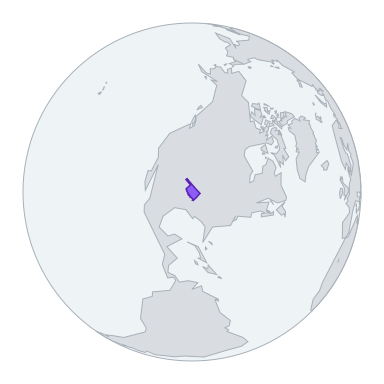 Oklahoma on an orthographic globe, rotated 48°
{"feature_id": "USA-3533", "entity_name": "Oklahoma", "entity_type": "State", "adm_level": 1, "iso_a3": "USA", "parent_name": "United States of America", "parent_adm1": "", "projection": "orthographic", "projection_center": [-97.37, 35.324], "detail": "fine", "context": "on_globe", "style": "filled", "palette": "violet", "viewbox_px": 384, "rotation_deg": 48, "n_neighbors": 0, "source": "natural_earth", "source_scale": "10m", "svg_char_len": 11194}
<svg xmlns="http://www.w3.org/2000/svg" viewBox="0 0 384 384"><g transform="rotate(48 192 192)"><circle cx="192" cy="192" r="169" fill="#eef3f6" stroke="#a8b0b8"/><path d="M232.0,356.2L231.4,356.3L233.4,355.4L237.5,354.0L234.9,354.5L244.1,350.5L240.2,351.9L246.3,346.5L254.4,340.1L264.7,320.4L262.5,317.0L251.5,314.9L238.6,300.0L243.0,291.4L239.8,288.2L250.3,274.2L246.9,263.3L243.1,262.5L239.6,267.6L225.8,262.4L220.2,254.0L174.9,241.0L169.6,235.9L168.5,227.7L149.0,198.6L159.5,225.5L152.8,220.1L146.6,210.3L149.1,208.2L143.7,193.8L137.1,187.6L133.5,169.2L140.3,147.1L143.0,151.2L144.3,145.8L141.0,140.6L138.5,138.5L138.7,116.3L129.3,102.3L121.6,102.8L127.0,99.2L109.3,104.2L101.2,101.7L113.3,101.6L116.7,99.4L112.6,96.0L115.3,93.2L114.9,90.0L118.4,87.1L125.2,87.7L127.6,85.9L124.6,83.7L126.3,79.7L130.4,83.1L133.7,76.5L145.6,77.4L153.6,90.7L163.1,90.1L179.0,101.6L180.5,98.5L187.4,101.6L191.7,99.3L193.4,102.5L195.3,98.1L192.9,95.7L192.9,93.0L195.2,91.6L197.8,95.2L197.1,96.5L199.0,96.9L199.4,99.4L200.5,97.3L203.4,102.2L203.9,95.4L209.1,97.7L210.1,101.5L205.5,103.6L196.5,119.0L196.1,124.2L200.1,129.1L217.1,132.8L218.6,137.9L223.8,142.9L225.0,138.8L221.4,133.4L225.1,127.4L220.3,122.0L221.1,118.9L217.9,112.8L223.2,111.2L230.1,113.2L233.0,118.3L236.1,119.5L237.3,112.9L246.5,121.3L259.1,125.2L261.0,127.9L257.5,135.7L247.6,139.6L243.2,151.4L251.0,141.5L255.5,149.2L258.3,149.7L260.9,148.2L261.1,144.5L263.7,146.8L256.9,157.1L254.5,155.1L256.6,151.7L252.0,153.8L247.5,161.5L250.1,165.2L240.5,174.3L242.3,177.2L241.2,181.0L239.0,175.7L242.7,185.7L231.8,200.2L236.7,217.8L226.6,205.5L219.7,205.0L211.8,206.4L212.4,209.3L201.0,208.4L192.0,215.4L190.6,229.7L196.1,239.9L208.6,239.3L211.5,233.1L220.1,230.8L215.8,247.2L231.3,247.2L230.9,258.6L235.6,263.6L242.9,260.7L250.6,261.7L255.4,254.1L263.3,248.3L264.3,257.2L268.1,247.7L273.0,250.6L288.4,244.5L287.4,247.0L300.5,251.8L313.3,249.5L316.3,253.9L314.9,258.5L319.0,257.0L319.1,259.3L334.1,251.5L340.7,250.6L339.7,258.5L332.6,272.6L322.6,293.6L308.9,307.3L303.0,315.0L288.1,328.3L280.1,332.0L279.9,334.1L273.4,338.2L267.6,340.7L264.4,343.1L260.0,344.8L261.4,345.0L251.3,349.6L250.7,350.3L242.6,353.2L232.0,356.2ZM56.0,195.8L56.9,192.1L57.8,195.5L56.0,195.8ZM56.5,189.2L56.3,190.6L56.2,189.3L56.5,189.2ZM55.8,187.8L56.3,188.8L55.5,188.0L55.8,187.8ZM54.7,186.4L55.3,187.0L55.2,187.1L54.7,186.4ZM236.8,223.9L254.4,228.4L245.3,231.7L246.9,229.8L242.2,227.3L233.9,225.8L225.7,229.1L236.8,223.9ZM53.4,183.0L53.2,182.1L53.9,182.3L53.4,183.0ZM242.6,212.6L239.6,212.6L242.4,211.9L242.6,212.6ZM137.0,138.2L140.7,140.8L142.7,146.8L139.3,144.9L137.0,138.2ZM133.6,127.4L136.1,127.6L134.4,132.9L133.5,131.1L133.6,127.4ZM115.5,104.2L118.0,105.8L114.7,105.3L115.5,104.2ZM114.2,90.2L112.6,90.7L113.1,88.9L114.2,90.2ZM215.2,114.1L216.5,113.5L216.4,114.9L215.2,114.1ZM212.6,112.2L211.5,114.3L210.1,113.7L210.8,112.4L212.6,112.2ZM118.9,82.8L120.1,80.0L120.1,82.9L118.9,82.8ZM214.2,109.7L207.7,112.4L205.3,111.4L205.8,105.7L214.2,109.7ZM121.6,78.4L124.4,71.9L121.1,72.4L131.9,67.8L125.9,74.6L126.4,78.0L124.1,77.0L121.6,78.4ZM191.2,95.5L193.8,98.0L189.5,97.3L191.2,95.5ZM188.4,95.7L175.0,98.1L172.2,94.0L177.3,93.9L172.0,89.9L177.2,86.7L181.2,88.1L182.0,91.4L183.4,87.7L188.4,95.7ZM137.3,66.6L139.0,65.3L138.5,66.8L137.3,66.6ZM192.6,91.9L190.2,92.6L187.6,89.0L192.0,87.0L191.4,88.8L192.6,91.9ZM168.0,90.5L166.9,87.7L170.8,84.3L170.8,82.7L177.0,86.2L168.0,90.5ZM193.2,88.9L194.3,86.1L197.6,86.5L194.8,91.0L193.2,88.9ZM185.0,89.0L184.0,87.3L186.0,87.5L185.0,89.0ZM210.0,87.2L207.1,87.8L205.5,86.0L210.0,87.2ZM194.5,85.0L193.4,84.9L192.4,84.3L193.8,82.6L194.5,85.0ZM179.4,83.7L181.2,83.0L177.0,82.1L179.8,79.7L183.4,82.5L183.0,80.3L183.8,79.6L185.9,82.8L179.4,83.7ZM192.4,79.3L198.0,82.5L203.7,81.6L205.2,83.1L195.8,84.4L192.4,79.3ZM188.4,81.0L191.2,80.3L191.8,82.4L190.1,84.3L188.4,81.0ZM180.3,77.1L175.2,80.0L174.6,79.3L180.3,77.1ZM194.0,78.5L192.6,77.8L194.3,78.2L194.0,78.5ZM184.4,77.0L182.7,78.1L182.0,77.2L184.4,77.0ZM191.3,75.6L193.1,76.6L192.0,77.8L191.3,75.6ZM188.0,75.9L187.6,74.5L190.6,77.7L187.4,76.5L188.0,75.9ZM184.1,76.0L183.1,75.9L184.9,75.7L184.1,76.0ZM194.2,70.5L198.3,74.2L195.9,76.9L192.3,72.9L194.2,70.5ZM301.7,63.5L300.7,62.7L291.6,55.5L301.7,63.5ZM277.0,46.0L277.5,46.3L270.9,42.7L278.3,46.9L278.2,46.7L282.8,49.6L283.2,50.0L280.9,48.5L283.4,50.4L293.9,57.4L294.8,58.0L303.7,65.6L306.2,67.5L309.9,71.0L307.1,69.3L304.5,67.3L302.5,69.4L306.1,72.1L308.2,70.5L309.3,72.1L314.1,76.5L311.2,74.3L308.0,76.1L313.4,84.9L327.0,102.5L328.7,108.3L327.1,111.4L315.4,100.5L312.8,88.9L308.7,85.5L303.4,85.3L303.1,82.1L300.6,80.8L299.1,76.7L291.2,69.5L288.8,65.6L280.2,61.7L277.8,59.4L283.6,62.2L286.3,62.4L279.6,54.0L276.7,52.1L271.6,50.4L270.4,48.6L266.4,48.0L259.9,43.6L264.5,48.8L258.7,47.7L251.8,44.7L250.7,45.4L262.0,50.4L265.7,51.6L267.6,51.0L278.6,56.1L282.1,59.3L273.8,58.1L277.8,62.9L269.6,60.5L244.1,47.5L236.3,43.2L235.0,36.7L240.0,37.6L242.9,40.3L245.2,38.1L242.6,38.1L241.6,36.8L235.8,36.0L234.8,35.1L231.0,36.0L229.1,34.8L231.6,34.2L221.5,32.6L216.1,30.6L214.3,30.7L213.9,31.4L207.4,28.8L206.3,29.0L208.0,29.9L207.1,31.1L202.8,32.3L200.8,31.3L202.1,30.7L201.7,28.3L205.4,27.3L204.1,27.1L200.4,27.7L200.9,30.7L198.9,31.7L198.0,30.2L198.2,30.8L196.5,31.1L193.0,30.5L193.8,32.2L178.7,38.0L170.4,38.0L171.3,35.6L158.6,40.0L150.3,40.6L151.9,41.3L146.9,44.5L149.4,44.3L149.8,44.9L138.2,54.2L133.9,56.0L130.7,61.7L131.5,62.2L134.5,61.1L131.9,67.8L121.1,72.4L119.8,71.0L114.0,75.2L111.8,71.5L107.3,70.8L108.3,65.0L104.6,65.3L102.7,67.0L96.4,69.0L89.7,68.1L103.3,61.3L114.9,63.3L110.9,61.6L114.2,59.9L114.3,58.1L111.3,57.4L109.4,58.5L117.1,48.3L114.6,45.1L108.8,49.3L103.5,52.0L95.7,54.2L98.0,51.6L108.0,45.4L118.4,39.9L129.2,35.1L140.3,31.1L151.7,27.9L163.2,25.5L174.9,23.9L186.7,23.1L198.5,23.2L210.2,24.0L221.9,25.7L233.4,28.2L244.7,31.5L255.8,35.6L266.6,40.4L277.0,46.0ZM359.9,173.5L360.5,182.6L359.3,182.9L352.8,173.8L350.7,163.3L346.6,155.7L329.1,109.4L329.6,105.4L320.5,85.8L320.2,84.5L325.8,90.6L323.3,85.7L330.6,95.3L337.1,105.5L342.9,116.0L347.9,127.0L352.2,138.2L355.6,149.8L358.2,161.5L359.9,173.5ZM340.0,127.4L341.6,129.9L341.6,130.0L340.0,127.4ZM288.8,244.2L290.8,245.2L288.4,246.2L288.8,244.2ZM244.6,235.9L248.1,235.3L250.1,236.4L247.5,237.4L244.6,235.9ZM272.8,228.2L276.5,227.8L272.8,229.9L272.8,228.2ZM257.1,228.8L269.8,228.9L262.5,234.0L254.4,234.0L259.7,231.7L257.1,228.8ZM241.9,218.7L244.2,218.9L243.9,220.8L241.9,218.7ZM244.6,212.2L243.8,212.5L242.4,211.3L244.6,212.2ZM255.9,148.5L256.5,147.8L259.4,147.0L258.5,148.9L255.9,148.5ZM269.2,135.6L273.0,139.7L269.7,137.9L269.2,141.0L261.7,141.4L261.5,129.3L262.9,134.6L269.2,135.6ZM251.5,139.1L256.3,139.8L251.1,139.5L251.5,139.1ZM288.6,79.1L289.9,78.0L293.3,80.3L296.3,86.4L291.5,83.0L288.6,79.1ZM291.1,76.1L282.0,73.9L279.7,70.4L282.5,72.7L281.9,70.6L286.3,73.7L293.0,73.0L296.4,75.1L300.2,84.4L297.1,80.0L296.0,81.2L291.1,76.1ZM262.7,78.2L258.7,78.2L259.0,70.5L262.6,71.4L265.9,77.2L263.5,79.5L262.7,78.2ZM216.4,99.4L214.9,100.6L214.2,99.5L214.9,97.6L216.4,99.4ZM208.8,87.6L222.4,93.1L221.3,94.7L230.6,96.5L231.4,101.5L225.3,100.1L232.9,105.6L227.8,106.3L233.2,109.7L219.7,106.0L215.4,107.2L219.9,103.8L219.3,99.1L217.7,97.4L210.1,93.8L200.6,94.5L198.4,90.3L199.5,87.1L201.4,86.3L202.2,89.2L204.3,86.0L206.9,89.7L208.8,87.6ZM212.8,58.1L212.9,60.9L217.5,57.0L220.1,59.8L220.5,59.2L224.2,60.9L229.3,61.9L229.9,63.5L231.6,63.2L234.1,64.5L236.7,64.8L238.6,67.8L241.9,68.5L240.9,69.5L246.2,70.0L243.1,71.0L246.0,73.0L247.5,70.9L251.2,88.4L255.2,95.5L260.1,101.1L254.2,102.7L245.7,98.8L237.0,92.4L234.1,85.6L231.9,87.8L229.9,85.3L232.4,84.6L227.3,84.2L226.3,82.0L218.5,77.6L211.6,78.8L208.6,77.4L210.8,75.9L206.3,75.6L208.3,71.8L206.2,70.8L206.1,66.3L211.5,64.2L208.8,63.2L208.6,60.0L212.8,58.1ZM194.4,69.2L200.3,65.6L204.6,65.5L202.9,73.5L204.6,74.9L203.7,80.5L197.4,80.6L198.3,79.0L197.6,77.4L199.8,78.0L197.6,76.4L198.6,74.2L197.2,72.4L199.5,71.6L194.4,69.2ZM316.9,80.7L316.1,79.3L314.3,76.8L317.3,79.8L316.9,80.7ZM315.0,81.9L313.8,80.2L317.2,82.7L318.0,84.3L315.0,81.9ZM310.3,77.4L313.5,79.9L312.3,79.5L310.3,77.4ZM282.2,60.8L280.7,59.2L281.6,59.3L283.8,60.6L282.2,60.8ZM227.1,48.5L226.4,49.8L225.3,49.5L220.9,51.0L218.6,49.3L220.3,47.7L227.1,48.5ZM223.9,46.9L222.3,47.6L222.1,46.3L223.9,46.9ZM216.7,48.1L216.0,46.6L217.8,49.2L216.7,48.1ZM202.0,35.6L210.7,35.2L215.4,34.3L215.7,32.7L219.0,35.1L211.7,36.4L202.0,35.6ZM181.8,37.6L181.6,39.5L179.2,39.2L178.9,38.7L181.8,37.6ZM183.4,38.4L187.8,39.9L186.1,41.3L183.0,39.8L183.4,38.4ZM206.1,42.4L208.8,42.4L208.9,43.4L206.1,42.4ZM81.3,64.3L80.9,64.7L84.0,62.2L83.6,62.8L79.4,66.2L76.8,68.4L81.3,64.3ZM85.6,61.1L90.2,58.7L84.7,63.5L82.5,65.1L82.7,64.1L85.5,61.5L85.6,61.1ZM89.7,59.7L92.6,57.3L105.4,51.4L106.7,51.5L94.1,57.9L96.1,56.2L93.9,56.9L89.7,59.7ZM137.6,64.9L138.9,65.2L137.0,65.9L137.6,64.9ZM151.3,44.8L151.6,45.8L149.3,46.3L151.3,44.8ZM150.9,48.9L153.3,47.6L151.6,49.4L150.9,48.9ZM158.4,44.6L154.6,47.2L157.1,44.2L158.4,44.6Z" fill="#d9dde1" stroke="#a8b0b8" stroke-width="1"/><path d="M178.7,188.2L178.7,187.8L178.7,187.4L178.7,187.0L178.8,186.7L179.0,186.7L179.3,186.7L179.6,186.7L179.9,186.7L180.2,186.8L180.5,186.8L180.8,186.8L181.0,186.8L181.6,186.8L182.2,186.9L182.7,186.9L183.2,186.9L183.8,186.9L184.3,186.9L184.9,186.9L185.4,187.0L186.0,187.0L186.5,187.0L187.1,187.0L187.6,187.0L188.1,187.0L188.7,187.0L189.2,187.0L189.8,187.0L190.3,187.1L190.9,187.1L191.4,187.1L192.0,187.1L192.5,187.1L193.0,187.1L193.6,187.1L194.1,187.0L194.7,187.0L195.2,187.0L195.8,187.0L196.3,187.0L196.8,187.0L197.4,187.0L197.9,187.0L198.5,187.0L198.5,187.3L198.5,187.7L198.5,188.1L198.5,188.4L198.6,188.8L198.7,189.3L198.7,189.7L198.8,190.1L198.8,190.5L198.9,190.9L199.0,191.3L199.0,191.7L199.0,192.4L199.1,193.0L199.1,193.6L199.1,194.3L199.1,194.9L199.1,195.6L199.1,196.2L199.1,196.8L198.8,196.8L198.8,196.7L198.7,196.8L198.7,196.7L198.4,196.6L198.1,196.5L198.0,196.4L197.9,196.4L197.9,196.2L197.7,196.2L197.4,196.0L197.2,196.0L196.9,196.2L196.7,196.2L196.4,196.1L196.2,196.1L195.9,196.2L195.9,196.3L195.7,196.3L195.6,196.2L195.4,196.2L195.4,196.3L195.2,196.3L194.9,196.5L194.7,196.6L194.6,196.8L194.5,196.7L194.4,196.6L194.1,196.5L194.1,196.4L193.9,196.4L193.9,196.2L193.7,196.2L193.7,196.3L193.4,196.3L193.2,196.2L192.9,196.1L192.9,196.3L192.7,196.3L192.8,196.4L192.7,196.5L192.4,196.6L192.4,196.4L192.5,196.3L192.4,196.2L192.3,196.3L192.2,196.3L191.8,196.4L191.8,196.2L191.7,196.2L191.4,196.1L191.5,196.0L191.4,196.0L191.3,195.9L191.2,196.0L190.9,196.2L190.8,196.3L190.7,196.3L190.6,196.2L190.6,195.9L190.3,195.9L190.2,195.8L190.2,195.7L189.6,195.5L189.4,195.7L189.2,195.6L189.1,195.4L188.9,195.4L188.7,195.5L188.4,195.4L188.1,195.2L188.0,195.3L187.9,195.3L187.8,195.2L187.7,195.2L187.6,194.9L187.4,194.8L187.4,194.7L187.2,194.6L186.9,194.7L186.7,194.6L186.4,194.7L185.9,194.2L185.7,194.1L185.6,193.6L185.6,193.3L185.6,192.9L185.7,192.6L185.7,192.3L185.7,191.9L185.7,191.6L185.7,191.3L185.7,190.9L185.7,190.6L185.7,190.3L185.7,189.9L185.7,189.6L185.7,189.3L185.7,188.9L185.8,188.6L185.8,188.4L185.7,188.4L185.3,188.4L185.0,188.4L184.5,188.4L184.0,188.4L183.4,188.4L182.8,188.3L182.1,188.3L181.5,188.3L180.9,188.3L180.3,188.2L179.8,188.2L179.3,188.2L179.0,188.2L178.8,188.2L178.7,188.2Z" fill="#8b5cf6" stroke="#5b21b6" stroke-width="1.5"/></g></svg>